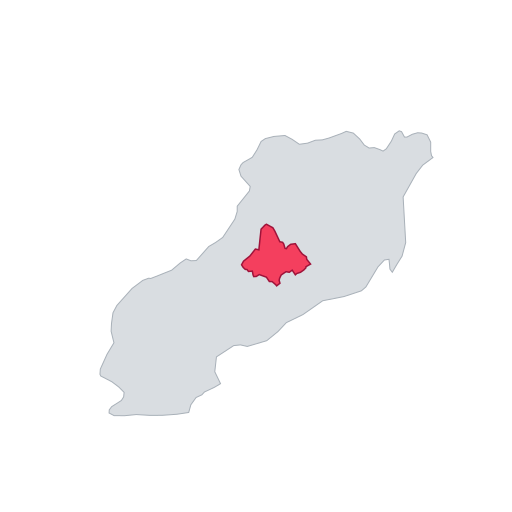 Elbasan, Elbasan, Albania shown in context, rotated 236°
{"feature_id": "67620474B34590160208903", "entity_name": "Elbasan", "entity_type": "district", "adm_level": 2, "iso_a3": "ALB", "parent_name": "Albania", "parent_adm1": "Elbasan", "projection": "albers", "projection_center": [20.009, 41.064], "detail": "fine", "context": "in_parent", "style": "filled", "palette": "rose", "viewbox_px": 512, "rotation_deg": 236, "n_neighbors": 0, "source": "geoboundaries", "source_scale": "gbopen_adm2", "svg_char_len": 2181}
<svg xmlns="http://www.w3.org/2000/svg" viewBox="0 0 512 512"><g transform="rotate(236 256 256)"><path d="M170.0,155.2L170.4,148.2L172.1,137.2L171.2,133.5L172.2,127.2L169.1,118.8L163.9,112.7L169.0,102.0L176.4,89.1L183.3,78.8L191.5,68.1L197.0,57.9L203.0,49.1L208.0,46.4L210.5,48.3L211.8,52.1L211.5,63.6L213.2,67.5L216.7,70.4L224.1,69.0L232.3,66.2L243.3,60.2L245.2,60.5L249.3,63.7L257.8,77.5L263.5,89.7L274.6,93.8L280.9,98.5L288.9,105.7L292.8,113.0L298.4,135.1L299.1,148.5L297.6,154.6L296.2,156.2L291.4,178.1L292.6,189.2L292.6,196.5L288.4,199.4L285.6,204.0L290.3,222.2L289.8,229.9L290.0,238.8L298.4,259.1L303.4,265.3L307.8,268.3L313.6,286.9L316.9,290.1L330.6,288.2L337.3,290.2L340.0,294.6L340.7,297.6L339.9,308.1L343.4,316.1L348.1,324.3L348.1,329.4L345.1,337.7L339.7,347.4L332.5,351.2L324.4,354.4L320.7,361.9L318.8,369.9L315.2,375.9L313.0,382.4L309.7,395.6L308.9,400.5L303.5,405.4L295.0,407.4L287.4,407.8L282.3,410.1L279.7,414.7L274.8,418.3L271.9,420.0L272.0,424.0L275.5,432.4L279.6,439.2L279.7,444.7L277.7,446.2L271.5,445.6L270.2,447.6L269.5,453.7L267.8,458.9L265.3,462.1L260.8,465.6L252.7,464.5L245.0,459.3L241.0,457.6L238.7,457.8L238.1,445.0L234.8,435.0L222.7,411.0L183.4,387.6L174.2,377.0L170.3,368.2L166.3,359.9L170.2,359.7L174.0,361.8L178.9,364.4L180.9,360.2L178.8,351.1L168.9,329.8L168.2,323.9L173.2,306.2L181.6,286.3L181.2,262.1L183.8,243.9L181.1,232.0L179.8,217.5L185.9,198.2L191.0,193.4L194.2,187.4L194.5,166.8L183.1,157.1L170.0,155.2Z" fill="#d9dde1" stroke="#a8b0b8" stroke-width="1"/><path d="M220.0,260.6L222.9,261.6L224.4,263.2L226.2,266.3L226.2,272.1L223.9,274.5L224.0,278.1L218.4,278.1L218.7,280.0L217.6,283.8L217.7,287.9L218.3,290.7L219.2,291.4L218.8,296.7L224.9,296.2L227.1,297.3L231.7,295.5L235.1,295.2L244.2,295.5L246.3,291.3L246.1,287.5L245.1,285.3L246.1,284.3L250.4,285.7L252.5,285.7L254.5,283.7L265.9,285.5L269.9,285.8L276.5,282.4L276.6,280.7L275.4,275.2L259.5,261.8L262.1,259.4L259.4,251.0L258.7,242.8L256.8,239.1L253.7,239.0L250.9,239.6L249.8,241.0L247.4,241.1L245.5,244.5L242.0,243.0L240.2,242.6L238.9,244.8L238.8,248.3L232.6,252.8L227.4,252.8L225.7,255.1L221.1,256.3L219.7,256.4L220.0,260.6Z" fill="#f43f5e" stroke="#9f1239" stroke-width="1.5"/></g></svg>